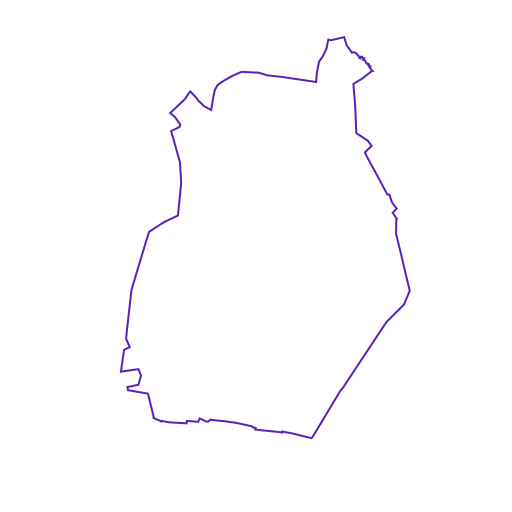 Cesvaine, Cesvaines, Latvia, rotated 75°
{"feature_id": "27541924B54491837054784", "entity_name": "Cesvaine", "entity_type": "district", "adm_level": 2, "iso_a3": "LVA", "parent_name": "Latvia", "parent_adm1": "Cesvaines", "projection": "mercator", "projection_center": [26.306, 56.965], "detail": "fine", "context": "isolated", "style": "outline", "palette": "violet", "viewbox_px": 512, "rotation_deg": 75, "n_neighbors": 0, "source": "geoboundaries", "source_scale": "gbopen_adm2", "svg_char_len": 3088}
<svg xmlns="http://www.w3.org/2000/svg" viewBox="0 0 512 512"><g transform="rotate(75 256 256)"><path d="M179.2,115.9L179.0,116.0L178.8,116.1L178.6,116.2L178.4,116.3L176.0,117.2L173.5,118.2L163.3,127.3L137.5,121.5L115.0,117.4L112.2,107.8L111.4,105.8L107.2,96.0L107.3,95.6L105.6,96.6L104.1,96.8L103.2,96.6L103.1,97.5L102.8,97.5L102.6,97.5L102.3,97.0L102.1,97.6L101.5,98.1L101.0,98.1L100.5,97.3L100.1,97.2L99.1,98.1L99.1,98.4L99.1,98.8L98.9,98.8L98.6,98.9L98.3,99.3L97.9,99.7L97.4,99.8L96.9,99.8L96.2,99.9L95.6,100.0L95.3,100.4L95.0,100.8L94.5,101.3L94.1,101.9L93.8,101.6L93.6,101.2L93.4,100.8L93.0,100.4L92.9,100.7L92.7,101.3L92.2,101.5L92.0,102.1L91.8,102.1L91.0,101.9L90.8,102.6L90.7,103.4L90.8,103.6L91.0,103.8L91.4,104.0L91.9,104.2L91.5,104.6L91.2,105.0L90.7,104.9L90.3,104.8L89.9,104.9L89.5,105.0L89.0,105.4L88.5,105.8L88.1,105.8L87.6,105.8L87.3,106.1L87.0,106.5L86.3,106.8L85.6,107.1L84.9,108.0L84.3,108.8L84.6,110.7L82.4,111.5L79.7,112.4L76.7,113.7L72.9,114.0L67.4,114.2L67.4,114.8L67.0,127.8L65.7,130.1L68.8,131.7L74.2,134.4L76.1,136.0L80.3,139.7L82.3,142.1L84.6,144.8L94.6,149.7L103.5,152.9L89.9,184.2L87.1,191.4L84.3,198.5L79.6,206.0L77.7,212.1L77.5,212.7L77.3,213.3L75.8,217.8L74.4,222.3L75.8,232.0L76.8,235.8L77.8,239.6L78.1,240.7L78.4,241.8L80.8,248.7L85.1,252.9L91.3,256.0L103.4,261.5L97.7,267.5L92.3,270.6L91.8,271.2L90.4,271.8L89.6,271.8L80.0,276.9L81.3,278.7L86.0,284.0L95.7,301.9L100.7,298.3L109.5,295.1L111.5,296.5L113.4,305.6L114.1,305.6L114.5,305.6L120.5,305.5L145.9,305.2L165.9,309.3L196.7,320.9L199.4,335.9L203.0,347.0L205.0,353.0L217.1,360.7L218.1,361.3L220.7,362.9L237.8,373.5L239.6,374.6L256.4,385.0L262.9,387.6L273.2,391.6L283.4,395.6L292.8,399.3L302.3,402.9L311.3,401.5L312.5,407.8L316.1,409.3L319.6,410.8L326.2,413.6L332.8,416.4L333.3,411.6L333.9,406.8L334.4,402.8L334.9,398.8L338.4,398.4L341.8,398.0L345.9,400.5L350.0,402.9L349.6,408.6L349.3,414.2L352.5,414.3L361.0,396.0L373.2,396.2L385.4,396.5L385.9,396.9L388.9,393.2L391.5,390.0L391.0,389.5L394.1,383.1L395.2,379.9L396.5,376.0L397.2,373.8L399.7,366.3L397.4,365.5L401.2,354.7L398.3,352.5L403.3,346.4L403.5,344.9L402.9,343.7L402.3,342.5L403.9,338.5L405.5,334.5L406.1,332.7L406.8,330.8L407.0,330.1L409.8,323.7L412.2,318.0L418.2,306.4L419.3,304.3L420.9,303.1L421.2,302.4L421.9,300.9L423.3,301.7L424.4,299.2L426.2,294.6L426.3,294.4L431.2,281.3L433.3,276.3L432.3,275.9L433.9,272.9L437.1,266.2L443.1,255.4L446.3,249.5L445.0,247.8L441.1,243.7L439.6,242.1L430.2,232.4L429.9,232.1L429.6,231.8L429.3,231.5L429.1,231.2L418.4,220.2L407.8,209.1L406.8,207.6L405.8,206.1L383.2,180.7L370.9,166.7L367.0,162.3L363.1,157.9L353.6,147.1L351.5,143.5L347.4,136.4L346.3,134.6L345.3,132.8L343.2,129.2L341.2,125.7L329.4,116.5L310.7,116.0L292.0,115.4L290.7,115.4L289.3,115.4L287.0,115.3L284.6,115.3L277.7,115.1L270.9,115.0L268.1,114.2L256.8,111.0L256.6,110.4L249.6,112.8L249.4,112.4L247.0,108.4L246.6,107.8L242.7,109.5L239.2,110.8L231.3,111.2L230.9,112.3L230.6,113.2L225.5,114.4L211.7,117.6L202.4,119.9L193.1,122.1L192.4,122.3L191.7,122.5L184.1,124.0L179.6,115.8L179.2,115.9Z" fill="none" stroke="#5b21b6" stroke-width="2"/></g></svg>